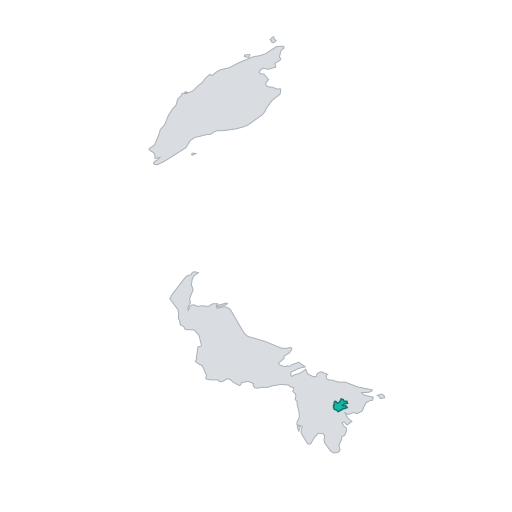 Telupid, Sabah, Malaysia (highlighted), rotated 77°
{"feature_id": "92858781B69032818816249", "entity_name": "Telupid", "entity_type": "district", "adm_level": 2, "iso_a3": "MYS", "parent_name": "Malaysia", "parent_adm1": "Sabah", "projection": "equal_earth", "projection_center": [117.165, 5.794], "detail": "fine", "context": "in_parent", "style": "filled", "palette": "teal", "viewbox_px": 512, "rotation_deg": 77, "n_neighbors": 0, "source": "geoboundaries", "source_scale": "gbopen_adm2", "svg_char_len": 5636}
<svg xmlns="http://www.w3.org/2000/svg" viewBox="0 0 512 512"><g transform="rotate(77 256 256)"><path d="M429.6,254.1L427.0,253.4L423.3,250.3L419.5,249.3L408.5,249.2L407.0,248.3L404.8,250.1L401.0,248.5L398.8,248.7L396.4,250.6L392.9,248.9L391.3,251.7L389.1,253.4L386.7,260.7L386.2,269.6L386.6,275.0L385.5,278.0L385.1,284.1L384.2,286.8L381.1,288.0L379.8,287.1L377.0,290.9L376.3,292.4L376.2,298.4L378.4,300.3L378.3,301.6L373.8,306.6L369.9,309.5L369.3,312.0L370.8,317.3L370.2,319.8L368.1,321.0L366.6,327.8L364.7,332.1L364.0,332.5L361.3,331.1L350.9,333.0L347.9,336.6L344.9,338.8L342.6,336.7L341.4,336.9L331.7,333.1L331.3,329.8L330.4,329.2L320.4,329.4L314.1,332.9L311.8,341.4L308.5,342.3L306.0,345.3L301.7,344.9L299.1,345.7L294.9,344.3L290.9,344.1L278.1,349.6L274.0,345.7L261.6,330.5L259.9,327.8L259.5,323.2L258.1,322.3L257.6,321.1L257.4,319.7L259.3,315.9L261.3,320.8L264.4,323.5L269.7,325.4L274.8,324.8L281.8,329.8L284.0,330.5L286.5,330.2L290.8,334.0L293.5,334.2L290.0,331.5L289.3,329.5L289.7,327.3L292.0,324.3L292.4,319.5L294.1,314.9L294.5,312.7L293.2,311.0L292.9,308.1L293.9,304.1L296.3,306.2L298.3,305.7L298.3,298.4L299.8,295.3L302.1,293.1L326.0,285.8L329.9,284.1L332.6,281.9L341.2,266.5L351.5,252.0L352.9,246.8L352.8,243.2L353.4,242.4L354.5,241.9L356.7,243.8L357.9,245.2L360.0,251.4L362.0,251.6L365.3,257.6L366.1,258.3L367.1,257.9L369.7,254.1L370.5,251.3L369.9,250.9L371.1,247.6L370.0,245.6L369.1,238.3L375.1,233.0L375.1,239.0L376.8,247.7L379.8,249.0L381.4,248.4L380.5,245.8L380.2,240.7L379.4,237.3L377.5,233.0L382.6,232.1L386.4,227.4L387.0,224.5L384.5,222.8L383.6,220.6L383.5,218.2L387.5,212.8L387.9,214.3L390.4,214.8L391.6,214.7L393.3,212.5L394.2,209.3L397.2,204.7L398.9,197.6L406.5,186.3L412.6,172.8L413.8,173.9L414.1,177.5L412.8,183.9L415.5,182.3L420.1,173.4L422.7,174.9L422.6,177.3L423.6,181.8L431.1,187.7L432.2,193.5L430.5,195.7L431.1,201.3L430.5,203.0L428.1,204.7L434.8,203.0L438.8,199.8L441.2,205.3L437.3,207.4L438.2,209.8L441.8,208.4L444.1,206.5L446.3,206.9L449.7,209.1L450.8,210.4L451.5,213.1L454.0,214.0L459.2,217.8L463.9,217.7L465.6,219.6L465.5,224.4L463.0,227.2L453.1,231.2L450.5,231.1L446.9,229.6L444.3,230.5L442.7,235.1L445.7,239.7L450.8,244.5L451.5,245.7L450.5,248.0L438.9,251.8L436.5,251.4L432.3,249.1L429.6,254.1ZM56.5,188.6L57.8,182.0L59.6,181.7L61.4,185.5L67.4,188.4L69.3,187.5L70.1,188.1L70.9,189.1L72.6,194.3L76.4,194.3L76.8,202.6L75.0,205.8L74.7,207.9L77.5,211.8L79.2,210.9L80.6,207.4L87.1,204.0L89.6,207.7L92.0,207.7L93.8,206.4L95.2,201.9L97.8,198.5L98.8,194.4L102.5,195.5L103.9,196.4L108.0,205.3L113.4,211.6L117.5,215.0L119.9,218.4L126.6,234.5L127.4,239.7L127.6,247.6L126.5,259.6L125.2,265.6L125.5,268.5L127.2,272.8L126.6,276.9L126.8,289.8L128.9,294.3L134.7,299.9L143.4,324.7L144.8,331.7L144.0,334.4L142.4,335.0L141.1,333.7L140.3,330.3L138.3,327.6L138.5,332.5L134.7,331.8L132.1,332.6L129.0,336.0L127.5,336.1L124.9,329.8L115.0,322.7L111.4,320.9L107.6,315.5L99.0,309.5L93.5,303.7L91.2,300.1L85.6,297.0L83.2,293.2L80.8,291.2L82.1,287.5L81.0,280.5L77.1,274.2L75.2,269.8L71.5,265.4L68.6,260.0L70.3,258.3L67.5,252.5L66.5,248.2L66.6,240.2L63.7,228.9L61.2,213.2L61.7,207.7L61.2,201.8L56.5,188.6ZM420.4,167.7L419.1,169.2L418.7,165.0L420.5,162.8L423.0,162.4L423.0,166.2L422.5,167.2L420.4,167.7ZM50.7,187.9L52.2,191.0L51.0,192.8L50.1,192.3L48.4,193.7L46.6,190.8L46.4,189.3L48.6,189.5L50.7,187.9ZM297.1,304.7L296.4,305.1L295.4,304.1L295.2,295.3L295.9,294.5L296.9,296.2L297.1,304.7ZM60.9,218.3L59.2,222.4L57.7,222.0L58.0,217.3L58.9,216.7L60.9,218.3ZM436.3,253.6L433.3,254.2L431.2,254.1L431.5,251.8L432.5,251.4L436.3,253.6ZM143.5,295.6L141.9,295.7L141.5,294.6L142.7,291.5L143.5,295.6ZM81.3,288.2L80.3,288.7L80.4,286.9L81.2,285.9L81.3,288.2Z" fill="#d9dde1" stroke="#a8b0b8" stroke-width="1"/><path d="M415.5,212.2L416.3,212.6L416.9,212.9L417.3,213.0L417.7,213.2L418.2,213.1L418.5,213.0L418.8,213.2L419.0,213.6L419.0,214.0L419.3,214.3L419.8,214.1L420.1,214.1L420.8,214.4L421.2,214.5L421.3,214.6L421.6,214.5L423.1,214.1L423.5,213.5L423.8,212.8L424.0,212.2L424.4,211.9L424.8,211.8L425.1,211.6L425.4,211.4L425.7,211.3L426.2,211.0L426.0,210.0L425.9,209.9L425.5,208.7L425.4,208.5L425.3,208.4L425.3,208.1L425.2,208.0L425.3,207.8L425.3,207.7L425.3,207.4L425.3,207.2L425.2,207.0L425.0,206.9L424.9,206.6L424.7,206.5L424.7,206.4L424.5,206.1L424.5,205.9L424.5,205.6L424.5,205.4L424.4,205.4L424.4,205.2L424.4,204.9L424.5,204.8L424.6,204.7L424.6,204.3L424.6,204.1L424.6,203.9L424.5,203.7L424.5,203.4L424.4,203.2L424.4,202.9L424.4,202.6L424.2,202.5L424.2,202.4L424.1,202.2L424.1,201.8L424.2,201.7L424.3,201.4L424.2,201.2L422.6,202.0L422.3,202.3L422.0,202.3L421.9,202.5L421.8,203.0L421.8,203.8L421.7,204.2L421.6,204.5L421.6,205.0L421.3,205.3L421.0,205.4L420.6,205.4L420.4,205.1L420.4,204.8L420.3,204.4L420.1,204.2L420.1,203.9L420.1,203.1L420.0,202.8L419.9,202.7L419.8,202.4L419.8,202.1L419.9,201.4L420.1,201.1L420.2,200.9L420.2,200.6L420.1,200.3L420.1,200.1L420.1,199.9L419.7,199.9L419.7,200.1L419.3,200.1L419.1,200.2L418.8,200.3L418.6,200.3L418.4,200.2L418.2,200.1L417.9,200.2L418.0,200.8L418.0,201.1L417.9,201.3L417.8,201.5L417.6,201.7L417.5,202.0L417.4,202.4L417.3,202.6L417.1,202.9L416.8,203.0L416.5,203.1L416.4,203.1L416.2,203.1L416.0,203.3L415.7,203.5L415.5,203.4L415.2,203.9L415.1,204.2L414.9,204.3L414.5,204.6L414.4,205.2L414.8,205.5L415.3,205.7L415.5,206.0L415.8,206.3L416.2,206.5L416.5,206.8L416.8,206.9L417.0,207.0L417.2,207.5L417.2,207.8L417.3,208.1L417.4,208.4L417.5,208.9L417.6,209.4L417.6,209.7L417.4,210.0L417.3,210.3L417.2,210.4L416.9,210.2L416.7,210.3L416.5,210.6L416.4,210.6L416.1,210.7L415.8,210.8L415.6,211.0L415.6,211.3L415.4,211.5L415.5,211.8L415.5,212.2Z" fill="#14b8a6" stroke="#0f766e" stroke-width="1.5"/></g></svg>